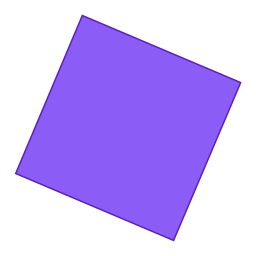 Moore, Texas, United States of America, rotated 203°
{"feature_id": "52423323B17136176847480", "entity_name": "Moore", "entity_type": "district", "adm_level": 2, "iso_a3": "USA", "parent_name": "United States of America", "parent_adm1": "Texas", "projection": "natural_earth1", "projection_center": [-101.931, 35.838], "detail": "fine", "context": "isolated", "style": "filled", "palette": "violet", "viewbox_px": 256, "rotation_deg": 203, "n_neighbors": 0, "source": "geoboundaries", "source_scale": "gbopen_adm2", "svg_char_len": 249}
<svg xmlns="http://www.w3.org/2000/svg" viewBox="0 0 256 256"><g transform="rotate(203 128 128)"><path d="M42.1,213.8L214.0,213.7L214.0,212.2L213.6,42.2L42.1,42.3L42.0,210.8L42.1,213.8Z" fill="#8b5cf6" stroke="#5b21b6" stroke-width="1.5"/></g></svg>